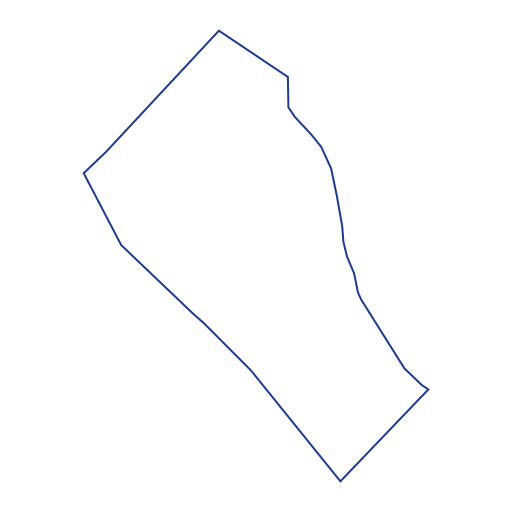 Haumaefa, Tuvalu (Equal Earth projection)
{"feature_id": "33948139B30087839008054", "entity_name": "Haumaefa", "entity_type": "district", "adm_level": 2, "iso_a3": "TUV", "parent_name": "Tuvalu", "parent_adm1": "", "projection": "equal_earth", "projection_center": [176.117, -5.676], "detail": "fine", "context": "isolated", "style": "outline", "palette": "blue", "viewbox_px": 512, "rotation_deg": 0, "n_neighbors": 0, "source": "geoboundaries", "source_scale": "gbopen_adm2", "svg_char_len": 435}
<svg xmlns="http://www.w3.org/2000/svg" viewBox="0 0 512 512"><path d="M83.7,173.2L121.2,245.1L193.4,314.0L204.1,323.4L251.1,370.6L286.9,415.0L340.4,481.3L428.3,389.5L421.7,385.0L404.4,368.4L361.1,299.5L357.9,292.3L354.1,273.4L347.1,256.8L343.4,241.8L342.2,226.2L336.8,195.7L331.1,168.5L321.2,146.8L311.3,134.6L294.8,116.9L288.4,107.3L287.9,77.0L218.9,30.7L105.9,152.0L83.7,173.2Z" fill="none" stroke="#1e3a8a" stroke-width="2"/></svg>